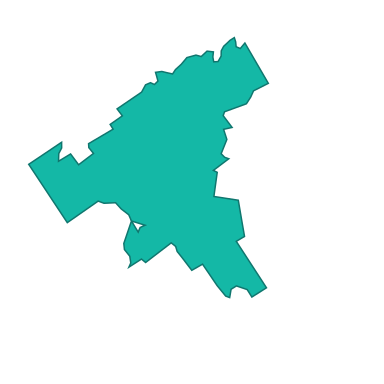 the district of Três Arroios, Rio Grande do Sul, Brazil, rotated 58°
{"feature_id": "56859067B70132107464338", "entity_name": "Três Arroios", "entity_type": "district", "adm_level": 2, "iso_a3": "BRA", "parent_name": "Brazil", "parent_adm1": "Rio Grande do Sul", "projection": "mercator", "projection_center": [-52.186, -27.488], "detail": "fine", "context": "isolated", "style": "filled", "palette": "teal", "viewbox_px": 384, "rotation_deg": 58, "n_neighbors": 0, "source": "geoboundaries", "source_scale": "gbopen_adm2", "svg_char_len": 1300}
<svg xmlns="http://www.w3.org/2000/svg" viewBox="0 0 384 384"><g transform="rotate(58 192 192)"><path d="M80.6,181.8L81.8,211.5L90.5,210.7L91.3,225.6L96.9,225.6L96.2,254.1L99.7,256.0L107.1,255.1L108.8,273.7L95.4,274.8L95.2,288.9L88.8,284.6L85.6,279.2L80.7,276.2L81.6,302.8L82.0,315.8L105.0,315.2L151.9,314.0L150.0,276.4L154.9,272.6L160.6,262.5L168.9,261.0L177.8,257.7L184.5,258.7L199.5,277.1L205.0,279.8L213.5,278.8L219.7,281.5L222.3,285.3L222.1,270.4L227.2,268.7L224.1,236.6L229.5,234.7L234.6,236.1L242.2,235.2L258.3,233.7L258.8,221.3L284.7,220.3L298.1,218.6L301.5,216.0L295.2,210.4L295.2,204.1L304.0,196.9L312.8,196.9L312.7,179.6L257.3,180.6L257.5,171.0L242.0,164.7L223.5,157.1L207.4,175.8L188.7,160.2L185.0,162.4L183.3,143.2L179.9,145.9L175.0,147.0L165.9,134.6L155.6,132.0L158.5,123.8L143.8,125.1L141.2,121.9L146.0,99.1L142.6,91.9L138.8,86.2L140.3,69.7L93.7,68.2L95.9,75.0L92.2,77.6L87.8,75.4L83.5,74.3L83.5,79.3L84.4,83.6L85.2,87.9L87.8,92.4L92.2,95.3L95.2,100.8L93.1,104.6L88.6,102.8L84.5,99.6L80.5,104.6L82.0,112.4L78.0,116.1L75.3,125.1L78.0,133.4L79.4,141.1L81.6,145.9L77.6,150.0L73.8,153.7L71.2,159.5L75.3,160.7L79.9,162.1L80.9,166.9L77.3,169.3L76.5,174.6L80.6,181.8ZM184.5,258.7L195.3,249.4L194.6,254.8L197.5,258.9L184.5,258.7Z" fill="#14b8a6" stroke="#0f766e" stroke-width="1.5"/></g></svg>